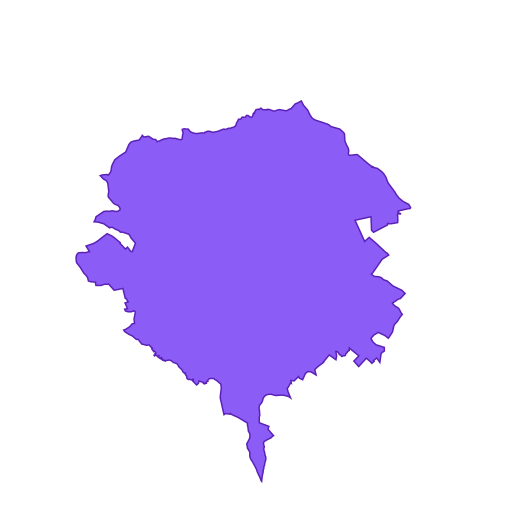 outline of San Pedro, Sucre, Colombia, rotated 317°
{"feature_id": "7082276B2903926755243", "entity_name": "San Pedro", "entity_type": "district", "adm_level": 2, "iso_a3": "COL", "parent_name": "Colombia", "parent_adm1": "Sucre", "projection": "robinson", "projection_center": [-75.049, 9.394], "detail": "fine", "context": "isolated", "style": "filled", "palette": "violet", "viewbox_px": 512, "rotation_deg": 317, "n_neighbors": 0, "source": "geoboundaries", "source_scale": "gbopen_adm2", "svg_char_len": 6146}
<svg xmlns="http://www.w3.org/2000/svg" viewBox="0 0 512 512"><g transform="rotate(317 256 256)"><path d="M255.1,90.2L254.5,90.5L249.7,91.5L244.7,88.4L242.2,87.4L239.3,87.7L231.6,91.1L224.9,89.9L218.3,89.3L213.2,91.2L211.3,92.2L208.2,94.7L206.8,95.5L203.1,96.1L202.7,94.9L201.9,94.2L198.7,91.8L196.9,91.0L196.9,95.7L197.4,97.0L197.9,99.4L197.1,101.9L192.4,108.3L189.3,110.7L188.2,112.2L187.8,120.2L188.1,121.8L189.5,124.8L189.6,125.9L189.1,128.3L188.3,129.4L186.4,129.3L184.9,128.8L183.7,127.6L181.6,124.8L179.1,123.2L176.8,120.8L174.9,119.6L165.8,118.2L162.7,120.0L160.9,120.5L163.6,123.5L166.7,128.7L168.1,135.6L169.4,136.0L170.6,137.3L171.4,140.4L172.8,143.4L173.1,145.9L173.4,146.5L174.6,147.4L177.9,153.5L176.9,157.8L176.6,164.4L168.5,168.4L167.5,167.0L168.1,161.9L165.2,161.8L165.2,153.9L165.8,153.6L164.9,146.4L164.2,142.8L162.3,138.1L150.3,137.0L147.5,136.5L145.2,135.8L138.5,132.8L137.2,139.2L133.3,137.1L131.3,134.9L128.5,132.7L127.3,132.5L125.5,132.9L123.4,134.3L120.9,137.4L120.2,138.7L119.8,143.8L118.4,151.2L118.5,154.2L118.2,156.7L116.4,160.0L117.4,161.9L120.8,165.7L119.4,167.3L118.9,168.4L122.5,171.8L126.3,173.5L127.9,175.3L129.1,176.1L128.9,184.3L136.5,189.0L131.5,197.8L132.0,198.4L131.2,202.4L128.2,201.0L126.1,206.9L123.7,205.3L123.0,207.1L124.3,209.4L126.4,211.5L129.6,213.1L129.6,214.7L123.8,218.9L121.2,222.5L119.2,221.2L115.2,221.6L110.5,220.7L108.8,219.9L108.4,221.7L109.7,226.9L111.0,230.0L111.6,235.4L112.9,236.5L112.4,242.6L113.6,244.2L115.0,246.6L117.1,248.0L117.2,253.0L116.4,252.9L116.0,256.3L116.9,256.4L116.9,257.9L116.6,258.7L115.6,258.5L115.3,259.5L113.8,259.0L113.6,259.8L115.1,260.1L115.7,262.7L116.8,262.4L117.0,262.9L115.5,263.3L116.0,265.6L117.5,265.7L117.6,266.7L116.4,266.8L116.9,269.2L117.5,269.2L117.7,269.9L118.0,269.9L118.2,270.6L117.9,270.7L118.0,271.1L118.7,271.0L121.7,273.0L122.6,274.6L122.9,277.4L124.6,280.5L124.7,281.9L124.0,284.4L124.2,289.1L123.6,290.6L123.6,291.7L123.8,293.3L124.4,293.4L123.6,294.5L123.4,296.3L122.1,298.3L122.1,299.5L122.2,300.0L123.4,301.1L124.1,302.3L125.5,303.5L125.8,303.2L126.0,303.7L125.6,304.0L125.0,303.3L124.5,303.8L124.6,309.8L127.0,309.9L129.0,308.6L131.1,312.2L130.7,313.3L130.8,313.8L131.4,313.6L131.5,314.6L132.2,314.6L132.9,315.2L133.5,314.3L135.3,314.7L135.2,314.2L138.0,313.8L139.4,314.7L141.6,316.9L141.6,318.1L142.3,320.0L142.9,325.7L140.6,328.9L134.7,333.8L133.0,335.5L124.4,350.2L126.0,350.3L129.2,354.0L129.8,353.7L130.2,355.6L132.8,361.8L135.8,372.4L134.2,374.1L133.4,375.7L131.0,378.8L130.3,381.6L129.3,383.1L126.6,385.2L121.1,387.1L118.5,391.1L118.7,391.3L117.6,395.4L115.0,398.1L114.3,399.3L113.5,401.5L113.0,404.6L111.6,409.8L110.8,412.5L109.6,415.0L107.7,421.0L106.6,423.5L106.5,424.6L110.6,421.1L114.0,418.8L115.1,417.6L116.7,416.8L118.0,415.5L119.6,414.8L121.1,413.5L124.2,411.7L126.0,409.8L126.8,407.8L127.9,406.3L129.9,402.5L131.9,401.3L133.2,398.8L134.6,397.4L135.6,397.3L137.8,397.7L143.0,399.2L145.5,399.1L146.3,399.4L146.6,390.9L149.2,389.4L144.7,380.2L148.4,376.1L150.0,375.2L153.6,370.8L154.4,369.3L156.9,367.5L160.0,367.2L162.1,366.3L164.1,365.0L166.4,364.4L168.6,364.6L170.0,365.2L172.5,367.0L175.2,371.4L179.9,375.2L181.6,377.2L183.6,380.3L184.2,381.7L184.5,383.3L187.0,376.8L188.6,374.1L189.8,374.0L194.8,372.4L195.0,373.2L196.6,370.9L198.8,373.4L204.8,373.1L204.4,374.9L205.7,378.3L211.8,375.7L214.9,375.8L217.1,378.1L218.8,384.0L221.5,379.1L225.6,379.1L233.0,379.9L233.1,379.5L242.1,378.3L243.7,386.4L246.8,384.1L249.3,380.3L250.2,381.2L250.3,381.6L249.8,385.2L250.5,386.1L250.1,387.8L250.5,388.2L251.9,388.5L253.1,389.6L253.6,389.6L254.8,388.8L257.2,388.7L257.7,388.2L258.5,388.5L259.4,388.3L259.8,388.7L261.5,386.9L263.1,399.2L255.9,399.6L255.7,406.9L267.0,406.0L267.5,410.6L267.5,413.5L270.6,413.6L270.6,412.6L274.7,413.0L274.0,418.3L279.9,413.5L281.0,412.8L282.6,412.5L284.2,413.0L285.1,413.0L287.5,410.4L283.2,402.7L282.9,398.4L284.0,394.6L288.6,394.2L293.3,395.3L296.0,402.0L296.7,406.4L302.4,405.1L304.4,404.4L310.0,400.6L314.9,400.2L320.5,398.8L323.2,398.5L323.3,396.8L324.6,392.1L324.5,390.6L323.6,387.7L323.4,385.4L323.7,383.4L326.3,384.0L328.9,384.3L330.9,384.7L332.6,385.6L339.5,385.1L339.3,380.5L335.7,371.3L334.9,363.6L333.2,360.6L332.8,357.0L331.5,354.7L329.0,352.1L328.4,350.8L328.0,347.9L329.9,347.9L332.8,347.3L346.0,344.4L353.7,345.8L353.9,343.2L353.4,342.5L352.5,329.0L351.5,319.6L345.4,319.4L352.8,297.4L366.9,305.7L358.1,315.9L358.1,318.8L373.3,323.0L374.5,322.0L375.5,323.4L377.3,324.9L382.4,328.2L384.9,325.7L387.5,322.6L387.4,322.5L388.7,321.7L390.1,323.7L390.6,323.5L389.6,321.5L390.3,320.3L390.6,320.5L390.8,320.1L399.5,325.2L400.9,326.3L401.9,326.2L402.2,325.7L402.9,322.3L400.8,316.5L400.1,311.2L400.5,306.8L401.2,303.9L402.3,293.9L402.8,291.6L404.8,286.8L405.5,282.9L405.5,280.3L404.6,274.8L401.6,270.3L402.3,270.3L401.6,268.8L401.0,265.7L399.3,251.3L399.0,250.6L393.3,246.4L392.8,245.5L393.2,244.3L395.8,242.1L396.5,240.9L397.0,240.0L397.9,236.6L399.5,232.4L403.8,227.3L404.3,225.8L403.8,220.2L399.1,212.5L398.9,210.5L398.3,208.4L392.0,196.9L391.1,193.8L391.6,190.0L393.3,184.5L393.5,178.3L394.9,173.5L391.6,172.7L388.3,171.5L382.0,172.2L380.7,171.4L377.9,170.8L377.0,170.3L372.8,164.7L368.0,162.4L365.5,157.7L364.2,156.4L363.9,156.8L360.9,153.8L360.4,151.2L358.1,151.0L357.9,150.3L356.0,149.1L355.4,149.0L353.7,149.8L352.5,149.8L352.1,150.7L351.5,150.6L351.1,150.0L348.7,151.5L347.4,151.6L346.5,150.4L346.0,147.8L344.9,146.7L343.1,147.2L342.5,147.0L340.7,145.1L340.1,144.9L338.6,145.5L337.8,145.4L336.9,144.3L336.4,144.1L332.3,145.6L330.1,146.8L327.7,146.7L325.7,145.5L324.7,145.4L323.3,144.0L319.9,142.6L319.1,141.3L318.7,141.0L312.9,138.7L308.7,136.1L307.1,133.1L305.2,131.4L304.4,131.4L302.9,130.6L302.5,130.9L301.9,130.8L300.6,129.2L295.7,125.7L294.0,123.2L292.9,120.8L292.7,119.0L293.0,117.8L292.9,116.8L291.4,115.5L290.2,113.9L288.4,113.1L287.3,114.7L287.0,115.9L286.2,116.7L285.0,117.3L281.5,120.2L280.7,119.8L279.7,119.0L276.8,114.3L275.5,113.6L274.9,112.5L272.9,110.4L269.8,108.6L268.7,107.6L267.8,107.5L266.8,106.8L264.0,106.1L261.7,104.9L262.0,103.7L262.0,102.3L260.4,100.5L259.1,95.2L256.4,93.3L255.2,92.8L255.1,90.2Z" fill="#8b5cf6" stroke="#5b21b6" stroke-width="1.5"/></g></svg>